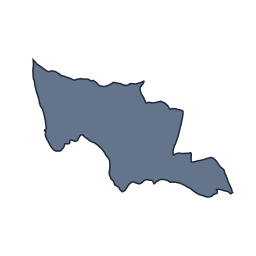 Hagaz, Anseba, Eritrea (Equal Earth projection), rotated 343°
{"feature_id": "51966322B93716709446742", "entity_name": "Hagaz", "entity_type": "district", "adm_level": 2, "iso_a3": "ERI", "parent_name": "Eritrea", "parent_adm1": "Anseba", "projection": "equal_earth", "projection_center": [38.261, 15.755], "detail": "fine", "context": "isolated", "style": "filled", "palette": "slate", "viewbox_px": 256, "rotation_deg": 343, "n_neighbors": 0, "source": "geoboundaries", "source_scale": "gbopen_adm2", "svg_char_len": 5786}
<svg xmlns="http://www.w3.org/2000/svg" viewBox="0 0 256 256"><g transform="rotate(343 128 128)"><path d="M185.5,127.9L184.5,126.9L184.0,126.5L183.4,126.2L182.7,125.6L182.2,125.4L181.5,125.2L179.8,123.9L179.0,123.5L178.0,123.0L176.6,122.6L175.9,122.4L174.5,122.5L173.9,122.3L173.5,121.9L173.2,121.4L172.9,119.6L172.4,118.0L170.8,115.4L170.1,114.4L168.6,113.4L168.2,113.0L167.4,112.1L167.2,112.0L166.4,111.9L163.9,111.9L160.8,111.6L158.3,111.1L156.3,109.8L155.4,109.5L154.7,109.4L153.7,109.5L152.9,109.5L152.6,109.3L152.4,108.8L152.3,107.3L151.7,103.2L151.5,102.2L151.1,100.7L150.7,98.6L150.6,95.9L150.8,94.6L151.1,93.6L151.7,92.7L152.4,92.0L155.3,90.0L156.0,89.3L156.4,89.0L156.7,88.5L157.1,87.4L156.9,87.6L156.2,87.9L155.4,88.1L153.4,88.1L152.5,88.2L150.1,88.2L149.1,88.1L147.9,88.2L145.3,86.8L143.3,86.3L142.3,86.3L142.0,86.5L140.2,86.9L139.4,87.0L139.0,86.9L138.6,86.8L138.1,86.4L137.0,86.1L135.9,85.2L134.6,84.1L134.0,83.5L131.5,82.2L130.8,82.0L129.9,81.4L128.0,80.4L127.7,80.2L127.3,80.1L126.9,80.2L126.5,80.4L125.8,80.7L125.1,80.7L124.0,80.9L122.9,81.4L121.3,81.6L120.6,81.5L118.7,81.6L117.4,81.3L116.6,81.1L116.3,81.0L115.7,80.5L115.4,80.3L114.1,79.9L112.9,78.9L112.4,78.0L111.9,76.9L111.3,75.9L110.4,74.5L109.6,73.6L108.9,72.6L108.7,72.3L108.3,72.3L107.4,72.3L106.8,72.2L106.2,72.2L105.5,71.0L104.4,70.0L104.1,69.6L103.8,69.5L101.1,68.7L99.7,68.2L98.3,67.6L97.4,66.9L96.9,66.8L96.1,66.9L93.2,66.4L91.1,66.7L90.7,66.5L90.1,66.1L89.8,66.0L89.4,65.7L87.7,63.9L85.6,62.5L84.8,61.8L83.9,61.3L82.2,59.9L79.5,58.4L79.2,58.0L78.9,57.4L78.3,56.2L77.8,56.0L76.3,54.1L75.4,53.2L74.0,52.1L73.0,51.5L71.0,51.0L68.9,50.9L68.2,50.7L67.7,50.4L66.0,48.5L65.1,47.2L63.7,45.5L62.2,43.4L59.9,40.6L59.4,39.7L57.6,35.8L57.3,35.0L56.8,36.7L56.5,38.3L56.1,39.7L55.5,41.3L54.5,43.4L53.7,45.8L53.1,48.2L52.7,49.4L51.9,53.7L52.4,54.0L52.1,55.8L51.7,58.6L51.4,60.5L51.2,64.5L51.1,67.0L51.1,68.7L51.2,70.6L51.2,73.9L51.1,75.7L50.8,77.1L50.7,77.5L50.7,78.7L50.7,81.3L51.1,83.0L51.7,84.5L51.8,85.1L51.6,91.8L51.3,94.2L51.2,96.2L51.0,97.5L50.8,98.6L50.6,99.5L50.2,102.1L49.9,103.5L49.5,104.7L48.9,105.8L48.5,105.6L47.9,105.5L47.7,105.6L47.3,106.3L47.8,106.5L48.0,106.6L48.1,106.8L48.1,107.4L48.1,107.9L47.7,108.8L47.0,110.0L46.8,110.8L46.8,112.3L47.2,115.3L47.3,116.1L47.7,117.2L48.3,121.0L49.0,123.6L50.0,126.2L50.4,127.0L51.0,127.7L51.6,128.4L52.5,129.0L56.0,130.1L57.0,130.0L58.0,129.5L60.3,128.1L60.8,127.7L61.4,127.0L62.5,125.5L62.8,124.9L63.0,124.7L63.8,124.7L65.2,125.4L66.0,125.6L67.2,125.6L67.5,125.5L68.0,125.0L68.3,123.8L68.5,123.2L69.0,122.9L69.4,122.7L69.9,122.7L70.6,123.0L72.0,124.2L73.1,125.0L74.1,125.3L75.4,125.3L76.1,125.1L78.1,122.9L78.6,122.5L80.2,121.2L80.8,121.0L81.7,121.0L82.1,121.2L82.7,121.6L82.9,121.8L83.3,122.4L83.6,123.3L84.0,124.0L85.6,125.9L85.9,126.4L86.4,127.3L86.7,127.7L88.0,129.4L90.1,131.2L91.1,131.9L91.6,132.4L93.4,134.7L94.0,135.5L94.9,137.3L95.7,138.4L96.5,139.8L97.2,141.5L97.5,141.9L98.4,144.9L98.7,146.5L98.8,147.1L99.0,148.0L100.2,150.4L100.8,153.0L100.8,154.0L100.0,157.8L99.5,159.5L98.7,161.2L98.3,162.4L97.2,164.5L96.7,166.0L96.6,166.7L96.6,167.7L96.6,168.0L96.8,168.8L96.9,169.3L96.9,169.9L96.8,170.9L96.8,171.4L97.5,172.9L97.8,173.4L98.2,173.8L98.3,174.2L98.5,174.9L98.7,176.2L98.7,178.2L98.8,178.6L99.9,179.7L100.7,180.7L101.4,181.4L101.9,182.2L102.0,183.2L102.2,183.9L102.5,185.0L103.3,186.5L104.2,187.4L105.1,187.3L106.7,186.8L108.8,185.2L111.8,182.7L112.1,182.6L113.0,181.9L113.8,181.5L114.9,181.3L115.9,180.9L116.9,181.0L117.8,181.3L118.1,181.5L119.3,182.7L120.4,183.5L120.7,183.6L121.6,184.4L122.2,184.5L122.6,184.7L124.5,184.7L125.3,184.3L125.8,184.1L126.7,183.5L127.1,183.6L127.7,183.2L128.8,182.8L129.5,182.9L129.9,182.8L130.7,182.8L131.1,182.9L131.2,183.0L131.5,183.3L132.2,183.7L133.0,183.9L133.4,184.2L134.9,184.7L135.7,185.3L136.0,185.9L136.3,186.6L136.5,188.8L136.6,189.0L136.9,189.0L138.3,188.3L139.6,187.5L140.2,187.4L140.6,187.6L141.8,187.1L143.1,186.9L143.6,186.7L144.4,186.7L144.8,186.9L145.6,187.3L146.7,187.6L148.2,188.2L150.7,190.0L151.3,190.8L152.3,192.1L154.1,192.6L154.6,192.7L155.4,193.1L156.2,193.2L157.5,193.6L158.1,193.9L159.1,194.7L160.3,195.2L160.8,195.4L163.1,197.3L164.0,198.2L165.5,199.4L166.4,200.6L167.0,201.1L167.7,201.9L168.1,202.5L169.1,203.2L169.5,203.3L170.0,203.9L170.7,205.2L171.8,206.9L172.2,207.5L172.7,207.9L173.5,209.2L174.9,210.7L175.9,211.8L176.8,212.6L177.2,212.7L179.1,214.2L180.6,215.2L181.4,215.8L182.2,216.3L183.1,217.0L185.5,217.6L186.4,217.7L187.3,217.6L187.9,217.6L189.8,217.1L190.1,216.8L190.9,216.5L193.1,216.6L193.5,216.5L194.0,216.3L194.5,215.8L194.7,215.6L194.8,215.3L194.8,214.9L194.5,212.6L194.8,212.5L195.3,212.9L196.0,213.1L196.8,213.1L197.5,213.4L199.6,214.6L201.6,216.1L202.9,216.7L204.2,217.6L204.8,217.8L205.5,218.6L206.4,220.2L207.1,221.0L208.0,220.6L209.2,220.3L208.9,219.8L209.1,217.7L209.1,216.2L208.9,214.7L208.7,213.2L208.5,211.8L208.1,209.1L208.0,206.0L207.9,203.5L207.8,201.6L207.4,200.6L207.4,199.0L207.5,196.4L207.2,195.5L206.8,194.8L205.3,192.8L204.9,192.3L204.4,190.6L204.0,189.7L203.7,188.5L203.2,186.4L201.9,183.7L201.1,182.3L199.9,181.2L199.4,180.8L198.5,180.4L193.0,180.2L191.5,180.4L186.9,180.1L186.0,179.9L182.3,179.7L180.0,179.5L179.5,179.4L179.0,179.1L178.7,178.9L178.8,177.6L179.6,175.1L180.5,172.7L180.9,171.4L181.0,170.9L180.7,170.1L180.4,169.8L180.0,169.9L179.0,170.0L178.6,169.9L176.9,169.4L173.2,168.5L171.9,168.1L170.9,167.6L170.0,167.1L168.5,166.8L167.0,166.6L165.6,166.8L164.6,167.1L164.3,167.2L163.7,167.1L163.6,166.9L163.6,166.4L163.7,166.0L163.6,165.8L163.6,165.3L163.7,165.1L164.5,162.8L165.2,161.4L165.7,160.7L166.9,159.0L167.7,158.1L168.6,157.2L173.5,150.5L175.0,148.1L177.2,144.3L178.2,142.6L179.3,140.9L180.4,139.0L181.2,137.6L181.7,136.4L183.1,134.0L184.7,130.7L185.0,129.7L185.5,127.9Z" fill="#64748b" stroke="#1e293b" stroke-width="1.5"/></g></svg>